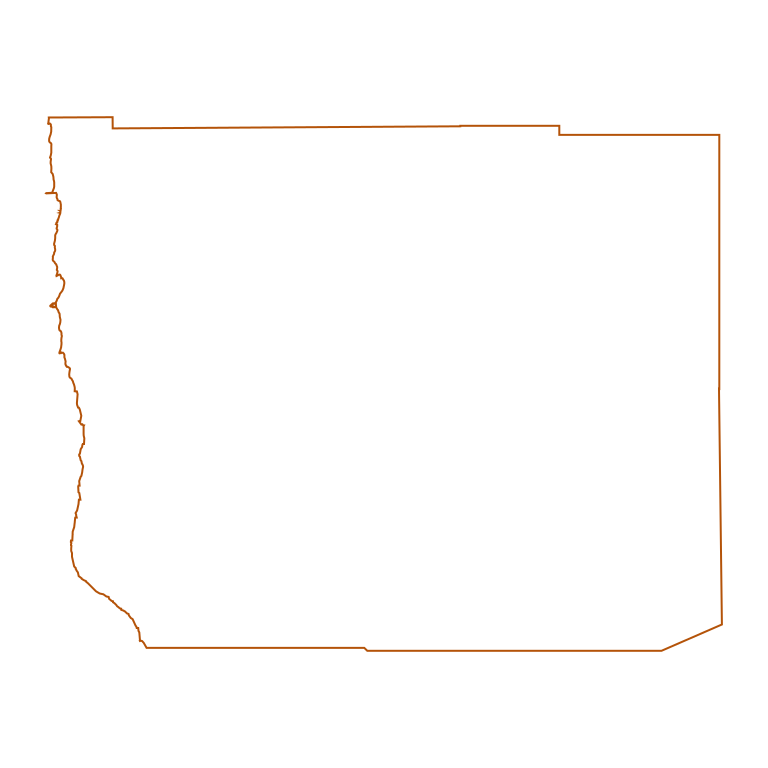 the district of 84, Ar Rayyān, Qatar
{"feature_id": "91078587B80601194471899", "entity_name": "84", "entity_type": "district", "adm_level": 2, "iso_a3": "QAT", "parent_name": "Qatar", "parent_adm1": "Ar Rayyān", "projection": "mercator", "projection_center": [50.776, 25.173], "detail": "fine", "context": "isolated", "style": "outline", "palette": "amber", "viewbox_px": 768, "rotation_deg": 0, "n_neighbors": 0, "source": "geoboundaries", "source_scale": "gbopen_adm2", "svg_char_len": 4591}
<svg xmlns="http://www.w3.org/2000/svg" viewBox="0 0 768 768"><path d="M48.8,117.5L48.9,118.4L48.3,123.1L48.1,123.5L48.2,123.8L48.7,124.0L49.8,123.5L50.8,124.4L50.9,125.1L50.9,126.4L51.3,127.1L51.2,131.6L50.6,134.4L49.7,136.8L49.2,138.7L49.1,140.3L49.2,141.4L49.6,142.1L50.5,142.9L51.0,143.2L51.3,143.8L51.4,144.7L51.3,146.0L51.3,147.4L51.3,152.7L50.8,155.3L50.4,156.6L50.0,157.4L50.1,157.8L50.9,158.5L51.0,159.3L50.7,161.3L50.6,163.2L51.3,166.2L51.4,168.4L51.3,170.5L51.2,172.2L52.7,174.0L53.4,176.9L53.6,179.7L54.0,180.9L54.2,182.4L54.2,186.7L53.9,188.1L52.1,192.8L46.3,193.1L46.1,193.3L46.3,193.4L56.1,192.9L56.8,194.5L56.8,195.6L56.6,197.1L56.9,198.2L57.4,199.0L57.6,200.2L58.7,200.8L59.8,201.1L60.3,201.9L60.9,204.9L60.8,206.3L60.9,206.7L60.7,208.4L60.9,208.5L60.5,210.9L60.2,210.9L60.5,211.1L60.2,212.7L59.9,212.8L60.3,212.9L60.2,213.6L59.3,215.7L58.9,217.2L58.4,218.6L57.7,219.9L58.0,220.0L57.6,221.1L56.7,222.5L57.0,222.6L56.0,224.2L57.2,224.8L57.2,225.6L57.1,226.8L56.7,227.9L56.6,228.7L57.3,229.5L57.4,230.3L57.2,231.1L56.3,233.1L55.8,233.8L55.2,235.2L55.2,238.1L54.9,240.7L54.1,243.7L54.1,244.5L54.3,245.3L54.8,245.7L54.9,246.5L54.8,247.6L55.1,248.8L55.2,249.9L55.1,250.8L54.7,251.7L54.2,252.4L54.1,253.6L53.9,254.3L53.3,255.4L52.8,256.6L52.9,257.3L52.9,258.1L52.7,259.3L52.9,260.5L53.8,261.4L54.5,262.0L54.8,262.7L55.2,263.4L55.8,263.9L56.3,264.5L56.6,265.6L57.1,266.6L57.2,267.3L57.1,268.4L56.8,269.9L57.4,270.7L57.6,271.5L57.2,273.3L56.4,275.6L56.5,276.0L59.2,274.6L60.0,274.7L60.4,275.2L61.2,277.4L61.2,277.9L61.2,278.3L62.2,278.2L62.5,278.3L63.4,279.9L63.9,280.5L64.3,282.0L64.3,283.7L64.0,285.3L63.4,288.2L62.4,290.6L61.3,292.1L60.0,293.7L59.5,295.2L59.0,296.5L58.3,297.8L57.4,298.7L57.2,299.3L56.5,301.2L55.2,303.2L52.8,303.4L50.3,305.7L50.3,306.2L50.6,306.5L51.0,306.5L51.3,306.2L51.7,305.0L53.0,303.9L55.9,303.7L55.9,304.5L56.0,305.0L56.0,305.5L56.1,306.0L56.1,306.7L54.3,306.8L53.7,306.6L53.1,306.2L52.7,306.2L52.4,306.4L52.2,306.8L52.4,307.1L52.8,307.3L56.0,307.1L57.5,309.6L58.0,310.1L58.7,312.4L59.3,313.2L59.6,313.9L59.8,316.9L60.5,319.8L60.3,322.2L59.9,324.0L59.2,325.7L59.0,327.5L59.1,328.8L59.4,330.0L59.8,330.6L60.4,330.8L60.8,331.2L61.3,332.2L61.5,333.3L61.5,334.9L61.8,335.6L61.8,336.5L61.5,337.7L61.3,339.7L61.3,341.4L61.5,342.1L61.5,344.1L61.1,347.4L60.4,349.7L59.4,352.5L59.4,352.9L59.8,353.3L60.1,353.1L61.1,353.1L61.3,352.9L59.8,353.0L59.9,352.7L60.6,352.4L61.4,352.4L62.2,352.7L63.1,352.9L63.9,353.7L64.4,354.9L64.4,357.4L64.9,358.6L65.4,360.6L65.6,361.3L65.4,363.4L65.5,364.5L65.8,364.9L65.9,365.6L66.4,365.9L66.8,366.8L67.7,366.9L68.6,367.3L69.9,368.4L70.0,369.1L69.5,371.8L69.2,374.4L69.4,376.6L69.8,377.5L70.6,378.1L71.4,378.6L72.1,380.0L72.9,381.3L73.3,382.9L73.8,384.0L74.2,385.2L74.7,387.2L74.8,388.6L74.7,391.2L74.9,391.2L75.3,391.2L75.5,391.4L76.1,391.3L76.9,391.4L77.6,394.3L76.9,403.2L77.1,404.9L78.1,407.6L78.9,407.7L79.4,408.6L79.9,409.9L81.3,415.8L80.3,421.0L79.5,421.0L78.9,421.2L81.4,424.6L82.4,424.3L83.1,425.3L84.0,425.4L83.6,426.2L83.6,433.8L83.7,435.6L84.0,437.0L84.3,438.1L84.3,438.5L84.3,438.8L84.0,444.0L82.8,444.0L82.4,444.9L82.1,447.0L80.7,449.2L79.9,453.7L79.2,454.4L79.2,455.9L79.9,456.6L80.7,460.3L81.4,461.1L81.9,463.7L82.3,464.1L82.9,465.5L83.1,466.8L82.5,469.6L82.2,472.2L81.4,475.9L80.7,476.7L79.2,481.1L79.6,485.6L78.5,485.6L78.2,486.6L78.5,492.3L79.3,493.0L80.4,499.7L78.9,499.7L78.5,504.1L77.1,510.5L75.6,513.0L75.6,513.3L75.8,513.6L76.2,514.9L76.1,515.3L76.7,517.5L75.3,517.5L75.2,517.7L74.8,521.6L74.7,522.9L74.6,523.4L74.2,527.1L72.7,531.6L72.6,533.9L72.7,534.2L72.6,534.6L72.3,540.5L71.0,540.5L70.9,541.2L70.9,542.4L71.4,543.0L71.0,544.4L71.0,545.3L71.4,545.7L71.2,548.6L71.2,550.9L72.0,553.1L72.0,556.8L74.2,566.5L75.7,568.0L75.7,568.9L76.1,569.3L76.5,570.5L77.9,572.4L78.7,576.1L81.6,578.3L81.7,578.8L82.0,579.0L83.6,580.0L84.7,580.6L85.7,580.9L86.1,581.3L86.1,581.7L86.7,582.2L87.9,583.2L96.0,591.3L99.7,593.5L103.4,594.3L106.4,596.5L108.6,596.9L109.1,598.7L109.2,598.9L110.8,600.2L111.5,600.9L113.0,601.3L113.0,602.2L114.5,603.2L116.3,605.0L117.1,606.2L117.7,606.7L118.2,606.9L119.7,608.3L121.2,608.7L121.2,609.8L121.3,609.9L123.6,610.6L124.2,611.1L124.8,611.3L127.1,613.5L128.5,613.9L128.9,615.4L130.8,618.0L132.6,619.1L135.6,625.7L136.3,626.5L136.7,628.0L138.2,628.0L138.5,630.9L139.3,632.4L140.0,640.6L139.2,641.3L140.9,640.7L142.2,641.1L142.8,641.8L143.0,642.1L143.7,642.8L146.6,647.9L364.3,647.9L367.3,650.8L661.5,650.8L721.9,624.5L719.0,388.7L719.3,388.8L719.3,134.9L559.3,134.9L559.3,125.8L460.3,125.8L460.3,126.3L112.7,128.4L112.6,117.2L48.8,117.5Z" fill="none" stroke="#b45309" stroke-width="2"/></svg>